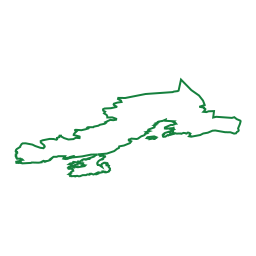 Tranøy nor, Troms, Norway
{"feature_id": "86288312B72673303782724", "entity_name": "Tranøy nor", "entity_type": "district", "adm_level": 2, "iso_a3": "NOR", "parent_name": "Norway", "parent_adm1": "Troms", "projection": "robinson", "projection_center": [17.384, 69.178], "detail": "fine", "context": "isolated", "style": "outline", "palette": "green", "viewbox_px": 256, "rotation_deg": 0, "n_neighbors": 0, "source": "geoboundaries", "source_scale": "gbopen_adm2", "svg_char_len": 5852}
<svg xmlns="http://www.w3.org/2000/svg" viewBox="0 0 256 256"><path d="M181.0,79.6L178.6,90.6L177.7,91.1L173.8,91.6L172.7,92.1L145.6,94.0L125.2,98.0L118.3,97.9L118.0,99.0L120.9,100.5L121.5,102.0L117.3,102.6L113.9,103.7L113.6,104.5L113.9,105.0L116.5,106.6L116.4,107.0L110.9,108.2L104.7,108.5L103.2,109.1L103.0,109.8L103.3,110.7L105.2,111.7L104.0,113.3L106.6,114.9L107.2,116.1L107.3,117.5L112.3,117.4L116.2,118.8L116.1,119.7L113.3,120.2L110.2,119.9L105.3,122.2L106.0,122.8L104.8,123.7L99.8,124.8L98.4,125.7L94.0,126.6L93.4,127.2L88.0,127.2L87.6,127.4L88.7,128.1L88.5,128.4L85.4,129.3L81.4,130.2L75.7,129.8L74.3,130.4L76.1,130.4L76.9,131.1L74.5,133.3L73.8,134.2L73.7,135.0L79.5,136.5L79.7,136.9L79.5,138.1L75.8,137.8L73.4,139.1L68.4,139.5L64.1,138.1L61.1,136.4L61.0,135.7L59.8,135.7L59.8,136.3L59.2,136.4L59.2,137.2L57.0,137.9L57.1,139.3L56.5,139.7L53.5,139.0L49.7,138.9L42.6,140.3L40.7,141.1L40.8,142.5L44.2,145.3L44.6,146.1L44.3,146.4L44.6,146.9L43.5,148.2L40.4,147.8L35.2,146.0L32.4,144.6L25.6,143.3L22.6,143.4L21.6,144.1L20.2,146.3L20.2,146.9L16.7,149.1L16.0,150.0L15.7,151.1L16.8,151.7L16.4,152.4L17.2,152.4L17.3,152.9L16.5,153.5L16.3,154.9L15.7,155.0L15.7,155.8L16.1,155.8L16.7,157.6L16.3,157.6L16.7,158.6L16.3,158.8L20.6,158.6L21.7,159.5L22.9,159.1L22.4,159.5L22.7,159.8L20.5,160.0L20.4,160.3L21.4,160.4L20.0,160.8L20.3,161.2L17.4,161.3L18.6,161.6L18.6,161.8L17.3,161.5L15.4,161.9L17.6,162.2L17.1,162.9L18.5,162.9L18.2,163.1L19.5,162.8L22.1,163.2L21.7,163.4L31.0,162.9L31.8,162.5L38.6,162.7L41.5,162.3L41.4,161.9L43.5,160.8L44.8,161.2L44.3,161.6L44.7,161.8L45.2,161.7L45.0,161.2L47.8,160.9L50.1,160.1L50.6,159.6L49.2,159.9L53.5,156.8L56.7,156.8L58.3,156.2L64.3,156.2L63.8,156.6L64.6,156.8L64.4,157.1L66.1,157.2L64.7,157.5L65.0,157.7L64.5,158.0L65.1,157.7L65.7,157.9L64.5,158.2L64.3,158.3L64.8,158.5L64.3,158.8L65.9,159.1L66.5,158.5L66.3,157.9L67.3,157.8L66.8,158.2L68.3,158.4L67.4,158.9L67.7,158.9L68.6,158.3L71.5,157.7L72.2,157.2L72.2,156.6L71.9,156.5L73.9,156.0L74.3,156.4L73.0,157.4L82.1,156.4L91.1,154.6L96.4,154.5L96.6,154.9L94.6,155.6L94.6,156.2L93.8,156.7L89.1,158.2L90.0,158.5L89.5,159.0L87.8,159.0L85.9,159.7L85.2,159.6L85.1,159.2L83.8,159.2L82.6,159.7L82.4,160.5L81.8,160.2L81.1,160.7L80.3,161.7L80.3,161.3L79.5,161.9L78.1,161.4L77.4,162.4L73.3,161.9L72.5,162.9L73.6,163.0L73.5,163.3L70.2,163.4L69.1,164.2L71.4,164.4L70.0,165.4L71.1,165.0L71.8,165.3L72.0,165.7L71.5,166.2L72.0,166.3L75.3,165.3L75.3,164.8L77.6,164.5L77.5,163.9L77.0,164.0L78.3,163.0L80.6,163.7L82.0,163.1L82.7,163.2L82.4,163.6L83.2,164.2L82.3,165.1L85.3,165.4L84.6,166.1L78.0,167.2L77.8,166.8L76.6,167.1L75.7,166.7L74.5,167.1L74.4,167.5L73.4,167.3L73.6,166.7L73.1,166.3L70.9,166.4L68.1,167.2L68.5,167.2L67.9,167.9L68.1,168.1L67.6,168.2L70.7,168.0L71.3,168.5L71.0,168.7L72.4,168.6L72.3,169.0L72.9,169.7L72.6,170.0L73.2,170.8L70.9,172.2L70.7,172.6L71.0,173.0L69.7,173.5L70.0,174.0L69.0,174.4L70.2,174.9L70.2,175.9L71.1,175.7L71.3,176.2L75.1,176.0L75.3,176.4L77.0,175.8L78.5,176.2L78.2,176.3L80.0,176.2L82.8,175.1L86.1,175.1L87.3,174.4L89.4,174.7L90.3,174.2L90.1,173.8L91.2,173.7L93.4,174.5L96.5,173.5L96.8,173.8L95.1,174.2L96.5,174.3L97.7,173.8L97.2,173.5L97.5,173.2L96.8,173.0L98.2,172.3L100.3,172.7L102.4,172.2L102.4,171.4L103.4,171.4L103.5,171.8L105.2,171.7L105.4,171.8L105.2,172.3L106.0,172.4L108.8,171.6L109.2,171.2L109.1,170.6L110.0,170.0L109.8,169.6L110.0,168.5L108.6,167.0L109.0,165.8L107.0,165.4L107.6,164.8L107.1,164.3L107.7,163.9L107.4,163.2L105.1,164.0L106.0,163.5L105.5,163.3L105.6,162.8L104.1,162.7L101.8,164.0L101.4,165.5L102.1,167.0L100.4,165.9L100.4,165.2L97.8,165.0L97.2,163.8L97.6,163.1L97.4,162.6L98.6,161.0L100.6,159.7L102.5,159.4L102.8,159.2L102.3,158.7L105.1,156.7L104.9,156.2L103.7,156.4L103.4,155.6L101.2,155.9L101.4,155.7L100.7,155.3L100.9,155.0L100.6,154.8L99.8,155.1L98.9,154.8L98.7,154.3L106.8,153.6L114.2,151.1L117.4,148.6L118.8,148.1L119.2,146.4L124.0,145.5L129.9,143.1L131.1,141.6L130.5,141.3L130.7,141.1L128.8,140.5L128.7,139.8L129.1,139.3L130.3,139.3L131.3,138.6L136.5,139.0L137.8,138.7L141.3,136.3L143.9,135.4L144.8,134.8L144.9,134.1L147.3,133.2L145.8,132.1L147.9,131.7L147.6,131.4L148.0,131.2L148.7,131.4L149.6,131.1L148.0,130.6L148.4,129.6L154.3,127.4L154.7,126.8L154.2,126.3L154.2,125.6L154.8,125.3L154.3,125.2L154.9,124.9L154.7,124.4L156.7,123.7L156.1,123.2L158.1,122.6L158.5,122.3L158.1,121.8L158.6,121.6L162.6,120.9L165.7,119.6L165.4,120.8L174.1,121.3L173.6,121.7L174.2,121.8L173.9,122.3L175.3,122.7L176.1,123.7L174.5,123.8L174.5,124.3L172.6,125.0L170.9,124.9L164.9,127.5L164.9,128.5L166.3,128.7L172.0,128.2L171.6,128.6L172.3,128.5L173.6,127.8L173.7,128.2L172.6,128.7L173.9,129.4L171.7,130.4L172.1,130.8L172.0,131.1L173.1,131.3L172.9,133.0L171.7,133.4L170.5,133.0L169.7,132.5L170.3,132.0L170.3,131.5L170.0,131.4L165.1,132.9L163.7,133.8L164.0,134.3L162.9,134.9L163.2,135.5L162.1,136.0L163.2,136.0L163.4,136.8L165.5,136.6L167.6,135.1L168.3,135.5L169.5,134.9L171.3,134.8L170.0,134.4L171.0,133.9L172.1,134.0L172.2,134.3L172.6,134.2L172.2,134.0L173.0,133.4L174.8,133.1L176.5,133.6L180.7,133.5L181.2,133.8L183.5,132.9L185.3,133.1L186.2,133.6L187.3,133.4L187.0,133.3L187.5,132.7L188.7,132.7L190.4,133.6L189.6,134.8L190.2,135.4L189.2,136.3L191.2,136.7L200.3,135.0L203.2,133.5L207.8,132.7L212.5,130.7L215.3,130.5L225.1,132.2L230.5,132.3L234.1,133.6L236.0,133.3L236.9,132.0L238.3,131.2L238.7,130.3L238.1,128.4L239.9,124.0L240.6,121.4L240.4,120.7L236.7,119.1L234.3,117.2L231.9,117.9L216.2,116.8L213.2,117.5L214.0,111.1L208.6,111.3L206.4,112.1L203.4,111.8L205.3,109.8L205.3,109.0L204.0,108.4L204.1,107.6L199.3,106.8L204.7,105.0L203.0,100.6L199.0,95.5L191.3,90.1L181.0,79.6ZM154.2,136.4L147.5,137.2L147.1,137.6L147.4,138.0L147.1,138.2L149.9,138.8L149.8,139.1L151.5,138.8L152.8,138.0L152.2,138.7L153.6,138.5L153.9,139.0L154.5,139.0L154.5,138.7L156.1,138.0L155.9,137.6L156.4,137.3L154.2,136.4Z" fill="none" stroke="#15803d" stroke-width="2"/></svg>